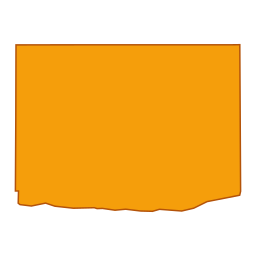 outline of Buffalo, Nebraska, United States of America
{"feature_id": "52423323B63113999244824", "entity_name": "Buffalo", "entity_type": "district", "adm_level": 2, "iso_a3": "USA", "parent_name": "United States of America", "parent_adm1": "Nebraska", "projection": "orthographic", "projection_center": [-99.096, 40.85], "detail": "fine", "context": "isolated", "style": "filled", "palette": "amber", "viewbox_px": 256, "rotation_deg": 0, "n_neighbors": 0, "source": "geoboundaries", "source_scale": "gbopen_adm2", "svg_char_len": 449}
<svg xmlns="http://www.w3.org/2000/svg" viewBox="0 0 256 256"><path d="M231.4,44.8L85.5,44.8L16.0,44.9L15.8,118.2L15.4,191.0L18.5,191.0L18.2,203.2L20.0,204.6L31.4,206.0L45.6,203.1L54.9,206.2L73.4,208.2L94.3,207.7L97.1,208.6L102.4,208.4L115.0,210.2L125.7,209.2L140.6,211.0L152.5,211.3L159.5,209.3L181.7,211.0L193.7,208.2L207.1,201.6L239.7,195.2L240.6,191.3L240.1,99.5L239.8,44.7L231.4,44.8Z" fill="#f59e0b" stroke="#b45309" stroke-width="1.5"/></svg>